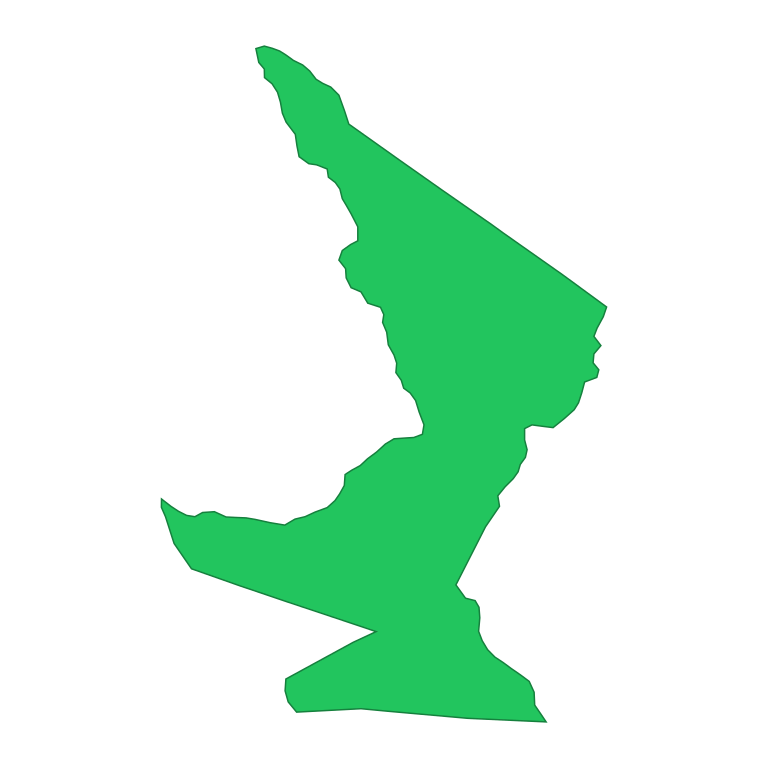 Tururu, Ceará, Brazil
{"feature_id": "56859067B74610593529944", "entity_name": "Tururu", "entity_type": "district", "adm_level": 2, "iso_a3": "BRA", "parent_name": "Brazil", "parent_adm1": "Ceará", "projection": "orthographic", "projection_center": [-39.417, -3.531], "detail": "fine", "context": "isolated", "style": "filled", "palette": "green", "viewbox_px": 768, "rotation_deg": 0, "n_neighbors": 0, "source": "geoboundaries", "source_scale": "gbopen_adm2", "svg_char_len": 1987}
<svg xmlns="http://www.w3.org/2000/svg" viewBox="0 0 768 768"><path d="M161.5,499.0L161.4,507.3L165.5,516.7L174.1,543.5L191.5,568.8L240.4,586.0L269.4,595.8L288.2,602.2L348.8,622.4L376.1,631.6L353.2,642.3L285.9,679.0L285.1,690.8L288.2,701.9L296.6,712.1L361.0,708.7L388.6,711.3L467.6,718.3L546.1,721.9L540.6,713.7L534.7,705.1L534.1,692.2L529.2,681.4L520.6,675.0L511.2,668.5L503.5,662.8L494.9,657.1L487.6,649.7L482.2,640.7L478.6,631.3L479.8,617.8L479.0,607.3L475.1,600.6L465.5,598.2L455.9,584.9L485.5,526.8L499.5,506.3L497.8,495.8L505.1,486.8L513.2,478.7L518.1,471.8L520.3,464.4L525.4,457.4L527.1,449.7L524.6,439.9L524.6,428.6L532.0,424.9L543.3,426.4L553.1,427.6L564.6,418.3L574.2,409.7L578.5,402.8L581.7,393.0L584.6,382.0L596.8,377.4L598.8,369.8L593.1,362.8L593.9,353.9L600.9,345.6L593.9,336.4L597.1,328.1L603.3,316.7L606.6,307.0L562.5,274.7L502.7,232.6L492.1,224.9L442.1,190.1L399.5,160.1L348.8,124.1L344.6,111.1L338.9,95.2L330.8,87.1L322.6,83.3L316.1,79.3L309.7,71.0L302.7,65.0L293.4,60.4L286.1,55.1L279.6,51.0L272.3,48.3L264.3,46.1L255.9,48.6L258.8,62.5L264.3,69.0L264.5,77.6L272.1,83.8L277.5,92.2L280.4,102.0L282.4,113.2L286.1,122.1L295.3,134.3L297.0,146.1L299.1,156.7L308.8,163.7L316.5,164.8L327.2,169.0L328.4,177.2L335.3,182.5L339.9,189.0L342.3,198.7L346.2,205.2L351.1,213.8L357.8,226.8L357.8,240.8L350.7,244.5L342.3,250.5L338.9,260.1L345.6,268.7L346.2,277.9L351.1,287.7L361.0,291.9L367.8,303.2L380.5,307.3L383.8,314.6L382.6,322.4L386.7,332.2L388.3,344.8L394.0,355.0L396.7,363.2L395.9,372.6L401.3,380.3L403.7,388.2L410.2,393.0L415.6,400.5L419.2,412.2L424.0,424.8L422.4,434.3L413.8,437.5L405.7,438.0L394.0,438.8L385.4,444.0L376.5,452.1L367.5,458.8L360.2,465.6L351.9,470.1L345.1,474.5L344.3,485.5L339.7,493.8L335.0,500.6L327.2,507.6L315.0,512.1L305.1,516.7L295.0,519.1L284.8,525.1L270.2,522.7L255.1,519.4L246.1,517.9L236.3,517.5L226.1,517.0L214.4,511.7L202.6,512.5L194.9,516.7L186.6,515.4L178.5,511.3L170.9,506.3L161.5,499.0Z" fill="#22c55e" stroke="#15803d" stroke-width="1.5"/></svg>